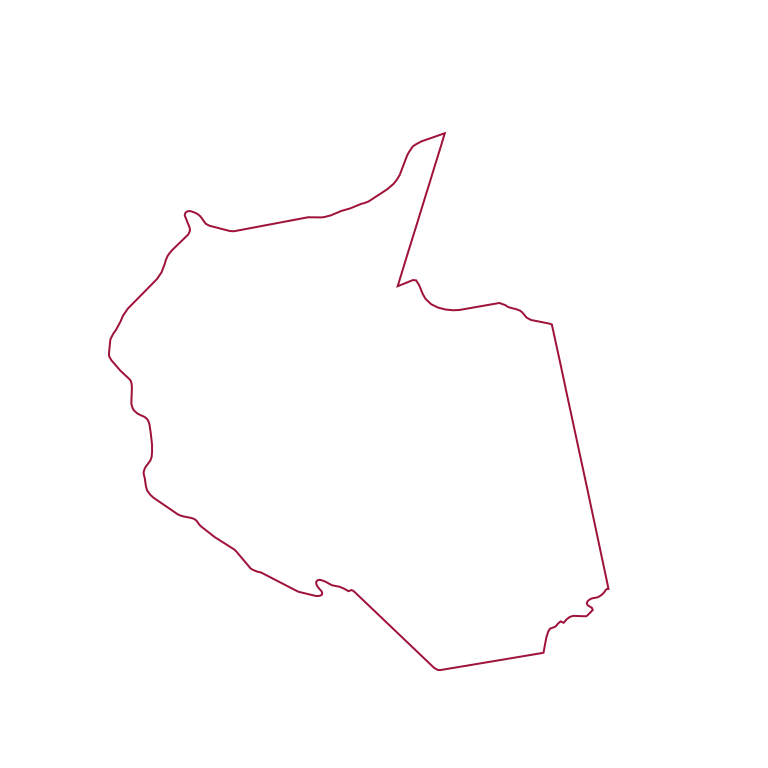 the border of Madre de Dios, rotated 17°
{"feature_id": "PER-572", "entity_name": "Madre de Dios", "entity_type": "Department", "adm_level": 1, "iso_a3": "PER", "parent_name": "Peru", "parent_adm1": "", "projection": "albers", "projection_center": [-70.763, -11.651], "detail": "fine", "context": "isolated", "style": "outline", "palette": "rose", "viewbox_px": 768, "rotation_deg": 17, "n_neighbors": 0, "source": "natural_earth", "source_scale": "10m", "svg_char_len": 2589}
<svg xmlns="http://www.w3.org/2000/svg" viewBox="0 0 768 768"><g transform="rotate(17 384 384)"><path d="M524.3,277.9L527.1,278.0L527.6,278.9L528.1,279.9L528.7,280.8L529.2,281.7L529.7,282.7L530.3,283.6L530.8,284.6L531.3,285.5L546.8,313.1L562.1,340.7L577.5,368.3L592.9,395.9L608.3,423.5L623.6,451.1L638.9,478.7L654.2,506.3L657.8,512.9L658.6,514.3L657.1,514.9L656.2,516.3L655.3,519.3L654.0,521.6L652.3,523.9L650.2,525.8L645.7,528.1L643.7,529.9L642.3,532.0L642.1,534.5L643.4,536.0L648.2,537.3L649.7,539.0L646.2,545.8L645.1,547.1L632.8,550.4L629.8,552.4L627.5,555.6L625.6,559.8L622.3,559.4L620.5,562.2L618.9,565.9L614.2,569.5L613.4,572.9L613.4,579.4L615.1,594.4L521.5,641.1L519.1,641.7L515.1,640.9L415.7,591.0L413.3,590.5L410.6,592.5L405.7,591.4L400.9,590.9L393.0,591.7L386.1,590.2L381.5,589.9L379.3,590.2L377.8,591.1L377.0,593.2L377.8,595.1L379.3,596.8L381.1,598.2L384.9,600.5L386.1,602.1L386.1,603.9L384.3,605.4L381.3,606.6L362.8,607.7L321.4,600.2L317.4,600.5L312.5,600.0L310.2,599.3L291.7,587.3L289.3,586.1L266.8,579.9L251.2,573.9L248.5,572.5L244.9,569.7L243.3,569.0L241.3,568.5L238.3,568.5L230.6,569.3L228.0,569.3L224.7,568.9L197.0,560.2L193.1,558.4L188.6,555.1L186.1,551.1L182.5,543.5L180.9,541.1L179.9,538.6L179.9,534.7L180.6,532.0L183.0,525.3L183.1,521.8L182.1,516.9L179.9,509.8L174.9,498.3L171.6,491.4L170.4,489.5L168.6,487.4L167.0,486.4L165.6,485.8L163.6,485.3L161.4,485.1L157.0,484.4L152.8,482.5L151.0,481.0L149.5,479.0L148.1,476.6L143.9,460.9L142.6,457.7L141.0,455.1L139.0,453.7L128.3,448.5L116.2,440.9L113.5,438.3L113.0,437.6L112.6,436.8L112.1,435.4L109.5,422.6L109.4,420.4L110.5,414.7L111.9,410.5L113.8,401.0L114.4,395.1L117.0,386.8L136.1,350.2L138.6,342.3L139.2,333.0L139.2,332.9L139.1,329.4L139.6,324.9L140.6,321.8L142.2,318.0L153.1,298.2L153.5,295.8L153.6,293.9L152.4,291.3L144.2,281.1L144.0,279.4L144.2,277.9L145.6,276.3L148.4,275.2L153.8,275.5L157.0,276.3L159.6,277.5L165.7,282.2L166.9,282.9L170.7,283.7L191.4,282.8L194.9,282.1L196.4,281.5L262.5,246.8L275.4,243.0L278.3,241.7L284.1,238.1L292.7,230.9L300.3,226.0L309.5,218.4L312.1,216.9L315.8,214.0L330.1,196.9L334.7,189.7L336.6,184.7L337.9,179.6L339.3,158.6L340.0,155.1L342.1,148.4L344.4,145.5L349.0,140.9L368.8,126.4L368.9,138.9L368.8,158.2L368.8,177.6L368.7,196.9L368.7,216.2L368.6,235.6L368.5,254.9L368.5,274.2L368.5,286.5L381.2,276.2L384.4,275.5L388.5,279.0L395.1,287.0L398.9,290.5L405.7,293.9L413.2,295.1L420.9,294.8L428.4,293.3L434.4,291.2L470.6,272.8L476.9,273.1L479.7,274.0L482.6,274.1L488.7,273.8L492.7,274.1L495.3,275.1L500.9,278.8L505.8,279.8L524.3,277.9Z" fill="none" stroke="#9f1239" stroke-width="2"/></g></svg>